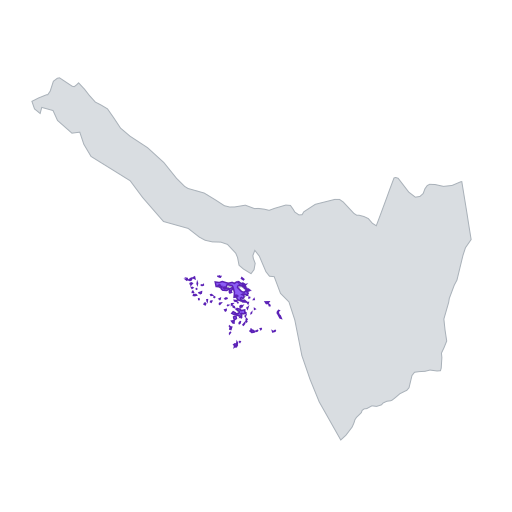 Dahlak, Semenawi Keyih Bahri, Eritrea (highlighted), rotated 177°
{"feature_id": "51966322B75113483561318", "entity_name": "Dahlak", "entity_type": "district", "adm_level": 2, "iso_a3": "ERI", "parent_name": "Eritrea", "parent_adm1": "Semenawi Keyih Bahri", "projection": "mercator", "projection_center": [40.14, 15.965], "detail": "fine", "context": "in_parent", "style": "filled", "palette": "violet", "viewbox_px": 512, "rotation_deg": 177, "n_neighbors": 0, "source": "geoboundaries", "source_scale": "gbopen_adm2", "svg_char_len": 8552}
<svg xmlns="http://www.w3.org/2000/svg" viewBox="0 0 512 512"><g transform="rotate(177 256 256)"><path d="M46.6,319.5L44.5,300.4L43.1,287.6L41.7,274.0L40.3,261.2L46.4,253.3L49.3,245.8L56.6,221.4L59.5,216.6L65.2,203.5L66.0,199.7L71.7,183.2L71.1,172.2L70.0,161.1L73.1,154.5L75.9,149.3L75.7,144.8L76.9,134.4L77.8,131.8L81.2,131.7L88.2,133.0L93.3,132.0L99.2,132.0L103.8,131.6L106.5,128.5L110.1,116.4L112.5,113.9L114.4,113.2L119.6,110.9L124.1,107.4L127.7,104.9L129.1,104.4L132.9,104.1L136.7,102.6L138.5,100.8L143.4,99.5L148.1,100.3L151.3,98.8L153.4,97.8L155.9,97.7L158.1,96.3L159.0,94.1L160.4,92.8L164.1,89.6L165.8,87.3L166.6,85.0L167.4,83.2L169.0,80.1L175.5,72.4L181.0,67.8L200.5,107.0L208.5,130.0L215.4,154.1L220.6,190.1L225.5,208.4L233.5,217.4L238.9,234.4L243.6,235.1L246.9,239.8L252.7,255.7L256.9,261.7L259.1,256.6L258.8,253.6L257.2,248.7L258.7,242.4L261.9,238.6L269.3,243.7L273.4,247.6L274.5,255.5L276.1,259.9L283.9,269.1L290.4,271.7L298.9,272.4L306.0,274.4L311.6,277.8L322.3,287.1L346.6,295.3L366.2,320.4L377.7,337.7L415.5,364.0L422.1,376.6L425.5,388.9L433.4,388.3L447.1,401.7L451.1,411.9L462.2,415.6L464.1,409.6L469.5,414.5L471.7,422.2L464.6,425.3L456.7,428.0L455.6,427.9L452.9,431.4L449.2,441.1L445.1,443.9L442.9,444.2L430.6,435.1L428.7,434.6L426.1,436.4L424.1,438.2L418.4,431.4L414.2,425.3L408.4,418.1L402.7,414.8L396.6,410.7L390.7,401.2L384.6,390.8L375.5,382.2L358.6,369.8L343.1,354.1L331.3,337.7L323.6,329.2L320.4,327.0L304.5,321.6L293.5,314.1L285.0,307.9L279.8,306.3L274.7,306.1L264.0,307.3L255.0,303.4L251.2,303.4L245.2,302.3L240.5,300.9L235.0,302.6L223.6,305.3L219.0,304.7L216.5,300.8L215.0,297.9L211.0,294.8L207.8,294.8L206.0,297.6L194.1,304.5L174.3,308.4L169.6,308.1L166.0,305.3L156.0,293.4L153.2,291.4L150.9,291.3L146.2,289.8L141.9,287.5L138.1,282.6L134.3,279.9L130.1,289.5L122.9,306.2L119.1,315.2L114.1,326.7L112.5,327.1L110.0,326.2L100.1,311.8L93.8,306.4L89.2,306.9L85.8,309.6L83.7,314.4L81.3,317.4L78.8,318.5L73.4,318.0L65.1,315.7L56.5,316.2L47.7,319.4L46.6,319.5ZM279.8,223.4L282.5,227.0L284.4,226.7L285.8,225.5L286.9,223.0L297.0,227.9L296.5,231.2L290.4,231.4L283.3,230.0L276.9,230.5L269.1,229.1L267.3,223.4L272.3,226.2L274.8,225.5L275.3,224.8L271.8,221.0L266.8,220.2L267.2,217.2L269.4,216.0L270.8,214.6L267.9,210.5L273.5,211.4L277.0,213.9L279.3,216.8L279.8,223.4ZM275.7,197.5L277.8,204.0L271.5,201.6L270.5,200.2L273.2,197.6L273.8,196.1L275.7,197.5Z" fill="#d9dde1" stroke="#a8b0b8" stroke-width="1"/><path d="M272.4,221.3L276.1,225.5L275.9,226.8L274.9,227.4L273.2,227.2L273.7,228.1L271.9,227.0L271.1,227.8L270.7,227.8L271.5,227.0L271.2,226.4L270.0,225.6L270.1,226.9L269.8,227.0L269.0,224.8L267.9,224.5L268.9,224.0L267.3,223.1L266.9,223.4L267.8,224.8L267.9,226.2L268.8,227.1L267.6,228.1L268.3,228.0L270.5,229.7L271.3,229.0L272.1,229.3L274.4,230.7L274.4,231.2L275.2,231.4L275.5,230.8L276.9,231.1L279.0,229.7L281.2,230.9L285.2,230.2L291.0,232.3L294.1,231.4L298.1,232.2L297.4,227.6L296.1,227.5L295.3,228.7L293.6,229.2L293.3,228.5L294.6,228.7L295.5,227.9L293.3,226.4L292.8,227.5L292.0,227.4L292.8,226.8L292.5,226.2L291.7,226.8L292.5,226.0L292.3,224.8L291.1,223.6L287.4,223.1L285.0,224.0L284.4,224.9L286.2,225.4L289.0,225.0L289.3,225.6L290.3,225.6L290.4,226.3L289.6,226.6L287.4,226.5L286.7,228.5L285.8,228.8L281.5,227.7L280.7,226.4L279.4,221.1L279.8,217.9L279.5,217.9L279.2,217.9L278.9,217.7L278.6,217.4L278.5,217.9L277.2,217.9L276.2,217.0L277.6,216.1L276.8,213.8L276.0,213.0L272.7,211.9L271.8,210.9L267.7,210.5L269.6,212.2L272.1,212.2L273.4,213.4L273.6,214.8L272.6,215.3L271.4,214.2L270.1,215.7L270.2,218.1L270.8,217.6L272.1,218.3L271.0,218.8L268.4,218.3L267.3,217.3L266.4,217.2L266.6,218.4L265.8,218.9L266.1,220.1L265.8,221.4L266.9,220.6L268.0,221.9L269.7,220.3L272.4,221.3ZM274.8,196.2L274.0,195.0L273.6,195.3L273.5,197.3L274.2,199.2L273.6,199.5L271.0,198.9L270.2,199.3L270.1,202.8L273.9,202.2L274.6,203.1L274.3,203.6L277.6,204.6L278.5,203.7L275.7,201.6L275.6,200.6L276.3,199.6L278.3,199.4L278.8,198.3L276.5,197.2L276.1,197.6L275.0,196.5L275.2,196.0L274.8,196.2ZM283.8,192.3L282.6,190.4L281.5,190.1L281.1,193.2L278.8,194.6L279.1,196.7L280.7,197.0L281.6,196.3L281.4,194.7L280.9,194.2L281.4,192.6L283.8,192.3ZM284.0,220.4L282.2,221.0L283.1,222.7L282.6,222.5L280.8,224.7L281.2,225.7L284.3,224.7L284.1,222.8L284.6,221.5L284.0,220.4ZM280.9,166.3L280.3,166.3L279.3,168.0L279.5,169.1L279.0,170.1L279.5,171.1L279.8,169.6L280.8,169.1L281.7,169.4L282.9,168.6L282.0,167.6L282.4,166.2L280.7,167.4L280.9,166.3ZM264.2,179.8L261.2,180.2L262.4,180.3L262.8,180.6L261.7,180.4L261.4,180.7L262.2,180.5L261.8,180.6L261.9,181.2L263.2,182.2L264.3,182.2L265.0,183.9L264.7,182.0L266.5,181.2L264.0,181.5L264.1,181.0L265.1,180.7L264.2,179.8ZM235.3,192.9L234.0,192.4L235.0,195.1L235.6,195.7L235.6,194.8L236.9,196.7L236.2,196.4L236.9,199.3L235.7,200.2L236.3,200.5L237.5,199.1L237.6,197.8L235.3,192.9ZM281.4,198.9L280.4,198.9L280.0,199.4L279.6,198.9L279.3,199.6L279.5,200.3L281.7,201.6L283.2,200.0L281.4,198.9ZM247.5,207.8L246.7,208.2L245.5,209.6L249.2,209.7L248.3,208.1L247.5,207.8ZM323.2,235.0L322.0,235.4L321.2,236.9L321.7,237.3L324.6,235.6L323.2,235.0ZM286.0,184.3L284.9,183.9L284.0,186.3L285.1,186.5L286.1,187.4L286.3,186.6L286.0,187.0L285.4,186.5L286.0,184.3ZM280.1,215.9L278.2,216.1L278.1,216.8L279.8,217.8L280.1,215.9ZM274.7,206.1L274.4,205.5L273.6,206.1L272.9,205.7L272.1,206.9L272.8,206.6L273.0,207.3L274.2,207.2L274.7,206.1ZM279.8,212.2L277.5,211.5L277.4,212.4L280.0,212.9L279.8,212.2ZM309.8,211.6L310.4,210.6L309.3,209.9L308.7,211.0L309.0,211.6L309.8,211.6ZM271.7,234.3L269.8,232.9L269.4,233.4L271.3,235.1L271.7,234.3ZM266.9,221.2L265.9,222.8L266.3,223.5L267.7,222.9L266.9,221.2ZM322.0,231.6L322.2,230.8L321.0,232.0L322.0,232.6L323.2,232.1L323.1,231.5L322.0,231.6ZM320.1,237.5L318.2,236.5L318.5,238.3L320.1,237.5ZM289.5,202.7L288.8,203.1L288.6,204.2L290.1,203.9L289.5,202.7ZM319.0,220.8L320.5,220.1L320.1,220.3L320.3,220.6L320.6,219.9L319.2,219.6L317.4,220.0L317.8,220.5L318.8,220.2L319.0,220.8ZM274.8,191.8L276.4,189.9L276.2,189.3L275.6,189.6L274.8,191.8ZM293.3,236.8L292.7,236.7L292.4,237.2L293.4,237.0L293.9,237.2L293.3,237.1L293.4,237.9L294.2,237.5L295.0,237.9L295.6,237.9L293.3,236.8ZM280.1,205.6L280.4,206.6L281.6,207.3L281.4,206.2L280.1,205.6ZM243.3,179.3L241.0,179.8L240.6,180.4L240.8,180.7L242.7,179.6L243.5,180.2L243.3,179.3ZM289.3,215.0L288.7,214.6L287.2,215.1L287.4,215.6L288.6,215.6L289.3,215.0ZM303.8,212.6L303.2,212.2L302.5,213.3L303.3,213.4L303.8,212.6ZM271.0,189.7L272.6,188.0L272.2,187.6L270.9,189.1L271.0,189.7ZM327.4,236.4L326.4,235.5L325.8,236.0L325.9,237.2L326.3,237.3L325.9,236.9L326.3,237.1L326.3,236.3L327.4,236.4ZM269.1,192.1L269.6,191.1L269.3,190.5L268.6,191.0L269.1,192.1ZM322.0,227.9L321.6,227.1L320.7,227.6L321.3,228.0L322.0,227.9ZM282.9,209.6L283.0,208.5L281.7,209.6L282.9,209.6ZM315.6,216.9L315.4,215.6L315.6,214.8L315.0,215.9L315.6,216.9ZM295.1,210.0L294.7,209.6L293.4,210.9L294.8,210.8L295.1,210.0ZM303.3,219.7L303.0,219.0L301.6,219.1L302.6,219.9L303.3,219.7ZM311.6,229.4L311.1,229.4L310.1,229.7L310.1,230.2L311.3,229.5L312.7,230.3L311.6,229.4ZM267.7,204.6L267.3,203.8L266.8,205.1L267.3,204.7L267.4,205.5L267.7,204.6ZM268.8,193.9L269.1,193.0L268.8,192.6L268.2,193.3L268.8,193.9ZM245.3,205.6L244.7,205.6L244.7,206.2L245.7,207.2L245.3,205.6ZM267.2,210.0L266.5,208.9L266.1,210.0L267.2,210.0ZM259.4,180.8L258.6,181.0L258.0,182.0L259.2,181.3L259.4,180.8ZM321.5,223.0L320.4,223.0L320.9,224.1L321.4,223.5L321.5,223.0ZM307.3,214.9L307.2,213.5L307.1,213.3L306.8,214.9L307.3,214.9ZM255.5,183.2L255.1,182.3L254.5,182.9L254.6,183.3L255.5,183.2ZM313.1,221.5L312.6,221.7L312.3,223.2L312.8,223.1L313.1,221.5ZM317.1,227.1L317.4,226.1L317.7,225.7L316.9,226.1L317.1,227.1ZM316.0,232.5L316.3,231.3L316.1,230.7L315.8,231.8L316.0,232.5ZM295.0,215.1L294.3,214.6L293.7,215.3L294.0,215.1L293.9,215.6L295.0,215.1ZM286.8,208.4L287.3,207.6L286.2,208.3L286.8,208.4ZM276.4,209.7L276.5,211.2L276.6,210.1L276.4,209.7ZM265.0,221.6L264.3,221.7L264.2,222.3L265.0,222.3L265.0,221.6ZM298.9,217.5L300.2,217.2L300.1,216.9L299.8,216.7L298.9,217.5ZM265.5,222.8L264.3,222.5L265.1,223.3L265.5,222.8ZM277.0,171.2L276.6,170.7L276.2,171.3L276.6,171.5L277.0,171.2ZM265.2,214.5L264.6,214.6L264.5,215.0L265.1,215.2L265.2,214.5ZM260.2,213.2L260.6,212.7L260.1,212.7L260.2,213.2ZM269.5,196.9L270.0,196.6L269.8,196.2L269.5,196.9ZM285.1,181.6L286.4,180.3L286.4,179.9L286.0,180.3L285.1,181.6ZM259.7,203.1L260.2,203.5L260.2,202.9L259.7,203.1ZM314.6,221.9L314.3,222.2L314.5,222.5L314.9,222.3L314.6,221.9ZM268.9,199.7L269.3,200.1L269.1,199.2L268.9,199.7ZM263.4,199.7L263.9,199.2L263.9,198.9L263.5,199.2L263.4,199.7Z" fill="#8b5cf6" stroke="#5b21b6" stroke-width="1.5"/></g></svg>